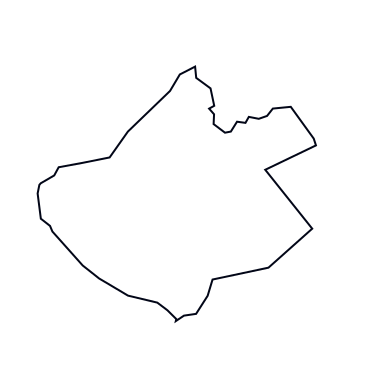 the district of Tyrrell, North Carolina, United States of America, rotated 228°
{"feature_id": "52423323B39402203079771", "entity_name": "Tyrrell", "entity_type": "district", "adm_level": 2, "iso_a3": "USA", "parent_name": "United States of America", "parent_adm1": "North Carolina", "projection": "robinson", "projection_center": [-76.186, 35.796], "detail": "fine", "context": "isolated", "style": "outline", "palette": "ink", "viewbox_px": 384, "rotation_deg": 228, "n_neighbors": 0, "source": "geoboundaries", "source_scale": "gbopen_adm2", "svg_char_len": 701}
<svg xmlns="http://www.w3.org/2000/svg" viewBox="0 0 384 384"><g transform="rotate(228 192 192)"><path d="M84.3,256.8L159.5,261.3L143.7,315.3L150.2,318.2L189.2,322.4L199.9,307.9L198.3,298.7L201.7,290.6L209.8,284.5L207.6,278.0L214.1,272.5L210.9,261.3L214.0,256.2L228.0,253.5L235.0,260.4L242.5,260.5L241.2,266.2L256.6,275.1L274.0,271.5L283.1,278.2L287.5,261.6L281.8,243.3L279.8,184.8L272.8,153.9L287.1,129.8L299.6,109.5L296.5,100.7L299.7,85.4L299.4,83.3L294.2,76.3L273.3,61.8L261.8,63.8L256.0,61.8L210.5,61.6L189.9,65.1L157.8,75.1L133.0,92.2L120.5,94.6L108.1,95.3L106.9,93.6L105.5,103.3L98.7,113.5L104.4,134.2L113.2,148.7L84.6,198.2L84.3,256.8Z" fill="none" stroke="#020617" stroke-width="2"/></g></svg>